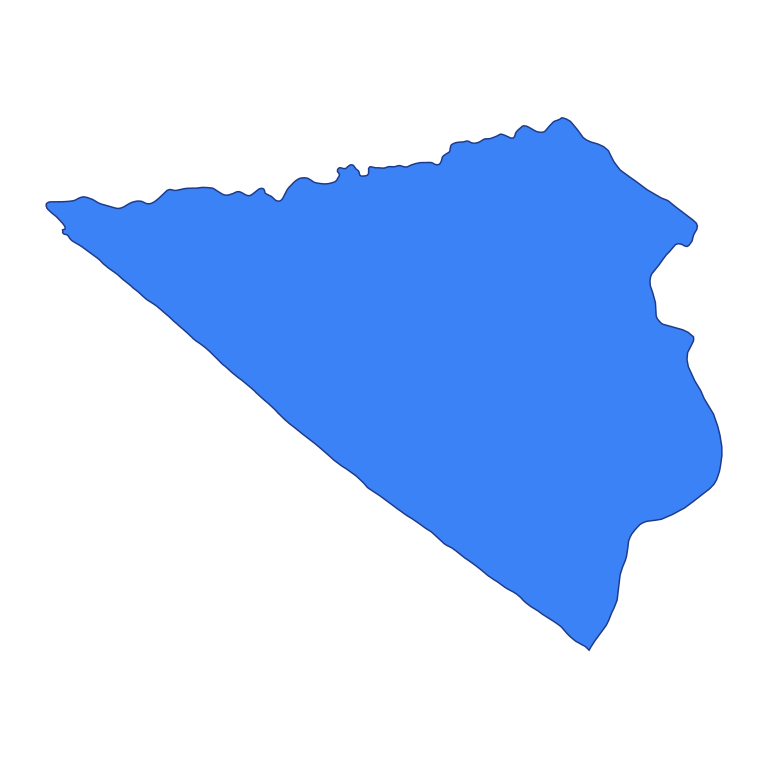 Champerico, Retalhuleu, Guatemala (Albers equal-area conic projection)
{"feature_id": "79465075B86216931252561", "entity_name": "Champerico", "entity_type": "district", "adm_level": 2, "iso_a3": "GTM", "parent_name": "Guatemala", "parent_adm1": "Retalhuleu", "projection": "albers", "projection_center": [-91.913, 14.334], "detail": "fine", "context": "isolated", "style": "filled", "palette": "blue", "viewbox_px": 768, "rotation_deg": 0, "n_neighbors": 0, "source": "geoboundaries", "source_scale": "gbopen_adm2", "svg_char_len": 6089}
<svg xmlns="http://www.w3.org/2000/svg" viewBox="0 0 768 768"><path d="M589.1,650.2L591.2,646.5L595.2,640.4L606.2,625.4L608.7,620.4L611.8,612.5L613.9,608.3L617.1,600.2L620.1,574.9L622.4,567.5L625.3,560.5L626.6,555.9L627.7,548.6L628.6,541.1L629.8,537.8L631.6,534.2L635.2,529.6L638.6,525.9L640.4,524.2L643.1,522.7L646.1,521.5L649.8,520.9L655.7,520.2L661.5,519.2L668.7,516.1L672.2,514.6L681.8,509.4L684.5,508.0L694.4,500.6L704.9,492.4L709.7,488.7L713.9,484.3L716.5,479.9L718.2,475.2L719.5,471.1L720.5,465.7L721.9,455.6L721.8,446.7L719.9,434.9L717.7,426.2L715.7,420.4L713.5,414.1L704.1,398.5L700.8,390.8L694.8,380.9L688.3,366.7L687.0,359.7L687.6,352.6L693.4,341.2L693.7,339.2L693.5,336.9L688.2,332.4L682.8,329.8L662.7,324.2L661.1,323.1L659.5,321.4L657.4,318.9L656.2,316.0L655.4,302.5L652.5,292.0L650.4,286.1L650.1,283.5L650.0,280.5L650.6,276.7L651.7,274.0L658.8,265.2L662.6,259.8L666.2,255.0L669.9,251.2L672.3,248.3L675.4,244.7L677.7,243.8L679.0,243.8L681.7,244.3L684.5,245.9L686.9,246.5L688.8,245.5L689.8,244.2L692.1,241.0L692.9,237.5L693.7,234.8L695.2,232.0L696.7,229.6L697.4,226.2L696.4,223.3L692.9,220.0L676.7,207.7L667.9,200.6L661.1,197.9L647.2,189.8L635.7,181.2L629.3,176.7L620.3,170.1L617.1,166.1L614.0,161.9L610.3,154.7L608.6,151.0L606.3,148.9L603.5,146.6L598.1,144.1L591.2,142.1L586.3,139.9L583.1,137.5L580.2,133.5L577.5,129.8L573.2,124.6L570.3,121.3L566.7,119.2L563.9,118.2L561.8,117.8L560.0,119.1L557.6,120.2L556.3,120.6L554.8,121.1L553.4,121.9L549.2,126.3L545.3,130.9L543.7,132.0L541.3,132.3L539.6,132.2L537.4,131.8L535.8,131.2L533.6,130.0L530.2,128.0L526.7,126.2L523.8,125.8L522.4,126.2L517.8,130.2L516.3,132.0L515.4,133.5L515.1,134.9L514.7,136.3L513.4,138.0L510.6,138.0L508.6,137.0L505.5,135.6L502.9,134.6L501.6,134.2L500.0,134.3L498.1,135.4L496.8,136.1L494.6,137.0L491.6,138.1L489.7,138.7L486.8,138.8L484.9,138.9L483.3,139.6L482.1,140.3L480.3,141.5L478.2,142.5L476.5,142.9L474.9,143.2L473.4,143.2L471.6,142.9L470.2,142.2L468.9,141.4L467.3,141.0L465.7,141.2L463.8,141.9L458.9,142.2L456.6,142.5L454.8,143.0L452.8,143.9L451.1,145.2L450.5,146.9L450.1,148.9L449.9,151.0L448.8,152.5L447.1,153.3L443.7,155.6L442.4,157.0L441.7,159.6L441.4,160.8L440.3,163.2L438.9,164.5L437.0,164.8L435.0,164.4L433.2,163.3L431.0,162.5L427.9,162.5L420.7,162.6L418.9,162.9L415.5,163.6L411.4,164.9L409.1,166.0L407.4,166.8L405.5,167.0L403.5,166.7L401.7,166.1L400.1,165.6L398.3,165.6L395.9,166.4L393.9,166.8L391.7,166.7L389.0,166.6L387.1,167.1L385.5,167.7L384.2,168.1L382.3,168.1L378.5,167.8L376.3,167.8L374.4,167.6L373.0,167.2L371.5,166.9L369.9,166.8L368.6,168.4L368.6,170.1L368.6,173.1L368.1,174.3L367.3,175.3L365.7,175.8L362.8,176.1L361.4,176.1L359.9,175.3L359.4,173.7L359.0,171.9L358.2,170.6L355.9,168.9L354.6,166.9L353.2,165.3L351.9,164.8L350.4,164.9L349.2,165.5L347.8,166.7L345.8,168.5L343.3,168.6L341.7,168.0L339.7,167.7L338.3,168.5L337.5,169.8L337.5,171.7L338.5,172.8L339.5,174.7L339.0,176.3L337.8,178.1L336.7,180.3L335.0,181.7L333.5,182.3L331.5,182.9L329.1,183.5L327.1,183.8L324.6,183.9L322.6,183.8L317.3,183.1L315.2,182.6L313.6,182.0L310.3,179.7L308.5,178.7L307.2,178.1L304.2,177.8L302.2,177.9L300.4,178.2L298.9,178.7L296.5,180.2L295.0,181.3L293.5,182.7L291.3,185.0L289.1,187.2L287.7,189.0L286.9,190.2L286.0,192.0L282.7,198.4L281.4,200.0L280.3,200.8L278.5,201.2L276.8,200.8L275.2,200.0L274.2,199.0L272.5,197.4L271.0,196.2L269.0,195.3L266.2,193.8L265.1,193.1L264.6,190.9L264.0,189.4L262.8,188.5L261.0,188.4L258.8,189.1L253.2,193.6L250.9,195.2L249.1,195.7L246.9,195.4L245.1,194.6L243.1,193.4L241.2,192.4L240.0,191.9L238.7,191.6L236.8,191.8L235.1,192.5L233.1,193.5L230.6,194.3L229.2,194.8L227.7,195.1L226.4,195.2L223.9,194.8L221.9,193.9L219.8,192.5L217.9,191.4L215.8,190.0L213.8,188.7L212.4,188.1L210.4,187.9L207.8,187.6L202.4,187.4L196.8,188.1L191.7,188.2L187.6,188.3L184.7,188.6L181.4,189.3L179.3,189.8L176.2,190.4L174.8,190.5L171.3,189.7L169.6,189.5L167.2,190.3L159.0,198.1L154.6,201.7L151.8,203.1L150.5,203.6L148.6,203.8L146.5,203.6L142.4,201.7L140.9,201.2L138.8,201.1L137.2,201.1L135.5,201.4L134.2,201.7L132.6,202.1L130.4,203.0L127.5,204.6L124.3,206.6L121.6,207.8L120.2,208.2L118.0,208.5L115.9,208.2L106.0,205.4L104.7,205.0L102.8,204.5L100.6,203.8L98.2,202.8L95.6,201.2L92.3,199.3L90.2,198.6L87.2,197.5L84.1,196.9L82.8,196.9L79.9,197.7L78.0,198.6L76.1,199.7L74.2,200.5L72.5,200.9L68.1,201.4L63.8,201.7L49.8,201.9L48.3,202.3L46.4,203.7L46.1,205.6L46.9,208.1L48.0,209.5L52.2,213.4L56.2,216.5L62.7,223.4L64.4,225.8L65.1,226.9L65.0,229.2L62.5,229.8L62.8,231.0L62.7,232.8L64.0,234.1L66.0,234.5L67.6,235.1L68.7,236.7L69.6,238.2L71.0,239.8L72.0,240.7L73.4,241.6L75.6,242.9L80.5,245.8L82.0,246.8L90.4,253.0L97.4,258.1L99.9,260.2L103.1,263.6L106.4,266.3L108.1,267.8L117.4,274.4L122.7,279.3L126.1,281.9L128.2,283.6L131.7,286.5L132.5,287.5L138.4,292.0L142.3,295.7L144.1,297.3L146.3,299.2L148.6,300.8L151.4,302.5L156.9,306.2L158.7,307.8L165.3,313.5L169.0,316.6L173.9,321.3L176.9,323.8L178.6,325.4L180.3,326.9L182.0,328.3L186.9,332.6L191.8,337.2L193.0,338.5L196.1,341.0L200.3,343.8L205.0,347.4L209.6,351.4L218.8,360.5L221.5,363.3L222.9,364.6L225.4,366.5L232.4,372.9L238.6,377.9L240.9,379.5L244.0,382.0L251.3,388.1L254.8,391.2L256.3,392.9L265.0,400.7L268.1,403.2L271.5,406.4L274.9,409.6L276.5,411.3L277.8,412.8L285.0,419.8L289.5,423.7L293.8,427.0L299.2,431.3L302.1,433.7L313.8,442.7L317.4,445.6L328.5,455.2L334.0,460.2L342.0,466.2L347.0,469.3L351.5,472.6L356.2,476.0L359.9,479.4L363.7,483.1L367.2,487.2L368.8,488.5L379.3,495.4L393.8,506.1L398.6,509.7L401.0,511.3L403.1,512.9L407.4,515.9L411.6,518.4L418.8,523.3L425.5,528.2L427.7,529.6L430.2,531.1L431.6,532.1L439.7,539.5L442.9,542.5L444.1,543.6L446.7,545.3L448.2,546.1L450.5,547.2L452.4,548.3L455.3,550.4L461.2,555.1L464.7,557.9L468.6,560.5L476.1,565.9L482.0,570.6L488.2,575.8L493.8,579.6L497.5,581.9L504.9,587.3L507.8,589.1L513.0,591.8L516.5,594.0L520.8,597.6L523.2,600.3L526.3,603.1L530.6,606.4L532.2,607.4L537.8,610.8L542.4,614.2L548.0,617.8L552.8,620.8L556.4,623.2L560.9,626.5L563.3,629.2L567.0,633.5L570.1,636.6L573.9,639.8L576.0,641.4L580.0,643.6L582.1,644.8L584.5,646.0L585.9,647.0L589.1,650.2Z" fill="#3b82f6" stroke="#1e3a8a" stroke-width="1.5"/></svg>